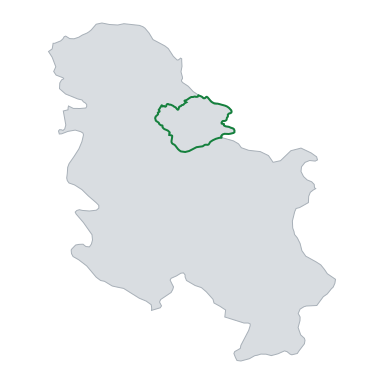 Republic of Serbia, with Južno-Banatski highlighted
{"feature_id": "SRB-1060", "entity_name": "Južno-Banatski", "entity_type": "District", "adm_level": 1, "iso_a3": "SRB", "parent_name": "Republic of Serbia", "parent_adm1": "", "projection": "robinson", "projection_center": [20.779, 44.991], "detail": "fine", "context": "in_parent", "style": "outline", "palette": "green", "viewbox_px": 384, "rotation_deg": 0, "n_neighbors": 0, "source": "natural_earth", "source_scale": "10m", "svg_char_len": 6809}
<svg xmlns="http://www.w3.org/2000/svg" viewBox="0 0 384 384"><path d="M222.2,137.7L233.5,140.9L238.6,143.9L241.3,147.7L248.6,150.3L260.3,151.6L268.5,155.6L273.1,162.3L280.5,160.7L290.9,150.7L301.0,148.1L311.1,152.9L316.6,156.8L317.5,159.9L315.2,161.1L309.6,160.5L305.0,162.4L301.5,166.8L301.0,171.5L303.5,176.5L307.1,179.9L311.7,181.8L314.2,184.4L314.5,187.7L315.7,188.6L313.1,190.1L310.3,192.3L308.7,196.3L308.4,202.6L299.5,207.6L296.1,208.5L294.7,211.7L292.4,221.0L292.7,228.0L294.0,231.6L294.5,234.4L297.4,238.0L300.1,243.5L301.9,250.7L305.8,256.2L315.8,261.7L320.8,264.9L324.5,269.5L327.3,273.7L335.5,279.3L334.9,283.2L333.2,287.1L331.3,288.9L327.3,293.9L323.3,296.7L316.8,305.5L306.5,306.0L304.0,306.7L300.1,309.1L298.2,313.5L300.1,317.0L300.0,320.6L298.1,327.5L300.7,334.9L304.4,338.3L305.0,340.3L304.4,343.8L299.0,350.9L297.3,353.5L291.8,354.8L290.0,354.1L287.1,351.7L284.5,350.9L278.0,353.8L271.3,355.6L266.1,354.2L260.9,354.1L257.4,355.2L254.7,355.7L249.4,358.7L240.9,361.0L237.0,360.5L235.5,357.6L233.9,353.5L234.7,351.6L240.3,348.4L240.9,345.3L248.7,330.4L250.2,325.6L250.2,324.0L248.2,323.0L243.9,323.0L224.8,317.0L225.6,310.0L220.0,306.3L214.0,303.0L213.0,299.3L206.3,291.8L201.4,287.6L195.1,285.5L189.8,282.4L186.5,280.5L185.1,277.0L185.1,274.9L183.5,272.9L180.9,273.2L176.5,275.9L171.1,278.3L170.1,280.1L172.1,284.2L173.5,286.9L172.8,289.4L171.1,292.5L160.7,299.5L159.5,302.0L161.5,305.9L160.2,307.8L151.5,310.4L151.7,308.2L151.2,304.7L146.2,301.1L139.2,298.2L123.6,288.4L117.6,287.2L112.2,286.0L104.5,281.3L100.6,280.5L96.2,277.2L86.7,265.9L78.6,259.7L73.1,256.6L71.5,253.6L71.2,250.5L71.4,249.4L75.7,245.0L78.9,244.4L83.0,244.2L85.8,246.5L89.4,246.9L91.4,244.1L92.5,240.0L92.0,234.7L83.4,222.5L76.1,214.0L75.2,212.1L76.8,210.5L79.4,209.7L82.2,210.4L89.4,211.0L96.4,210.2L98.8,208.1L98.8,205.4L96.3,202.8L88.2,195.8L81.9,189.6L74.5,184.9L69.0,183.0L67.3,180.6L66.7,178.0L67.3,173.3L67.7,167.3L69.1,163.6L74.1,156.4L78.9,148.9L81.9,141.7L83.5,134.9L82.9,133.0L80.5,131.6L75.2,130.1L67.9,131.4L61.7,133.8L59.3,134.0L58.5,131.0L59.5,129.7L61.4,129.8L63.0,130.4L64.7,129.0L65.8,125.0L63.3,111.0L68.0,109.8L68.1,107.8L68.5,106.0L73.3,108.4L80.0,108.5L85.8,108.0L86.7,106.6L86.7,104.6L85.5,103.1L83.4,101.8L81.9,99.9L77.9,99.0L65.6,94.0L59.5,88.7L59.8,83.0L61.6,79.9L63.7,78.8L63.1,77.8L56.1,75.1L53.7,71.5L55.8,66.8L52.2,57.3L48.5,51.5L52.2,48.9L52.8,45.3L53.1,43.3L54.7,43.3L60.7,40.9L62.9,38.9L64.2,36.7L65.7,36.1L69.7,38.6L74.0,38.8L78.8,37.2L82.4,35.0L86.7,33.2L88.7,32.0L91.2,30.0L96.2,24.2L101.9,23.0L109.5,24.5L117.8,25.0L123.9,23.7L139.5,25.4L142.9,26.7L145.0,28.2L149.1,33.1L153.0,39.6L158.5,42.5L165.0,46.0L168.3,48.6L173.3,56.3L177.1,60.0L178.4,59.9L179.7,58.9L180.6,58.1L181.7,58.8L181.7,61.1L182.0,66.3L181.0,71.8L182.4,77.0L182.5,78.6L181.5,80.1L181.6,81.4L183.0,82.8L188.3,86.3L193.2,91.6L198.8,95.3L204.1,97.7L207.4,97.8L212.8,102.1L223.6,105.2L227.0,106.3L229.4,108.1L231.1,110.1L231.2,112.3L229.6,113.4L227.3,116.3L226.3,119.9L224.6,120.8L222.9,120.9L221.6,122.0L221.9,123.5L223.4,125.0L225.6,126.4L229.9,127.7L234.1,129.7L234.1,131.3L233.2,133.0L227.9,133.7L223.8,133.9L222.0,134.7L222.2,137.7Z" fill="#d9dde1" stroke="#a8b0b8" stroke-width="1"/><path d="M198.4,95.3L201.6,96.6L202.3,97.1L202.9,97.7L203.5,98.2L204.3,98.3L205.0,98.1L206.1,97.0L206.8,96.8L207.9,97.6L210.3,100.6L211.4,101.8L213.7,103.2L215.0,103.6L217.9,103.7L225.2,105.7L227.2,106.6L229.0,107.9L230.7,109.7L231.3,110.4L231.6,111.5L231.4,112.5L230.5,113.2L229.6,113.3L228.9,113.6L228.3,114.1L227.8,114.8L227.9,115.5L227.9,116.1L227.9,116.5L227.7,116.9L227.1,117.5L226.9,117.8L226.7,119.0L226.6,119.6L226.4,120.0L225.5,120.7L224.8,120.9L223.0,121.0L222.4,121.3L221.9,122.0L221.5,122.9L221.7,123.6L222.6,123.8L223.8,123.9L224.0,124.3L223.8,124.9L223.9,125.4L225.5,126.3L228.8,126.8L230.6,127.6L233.0,128.4L234.0,129.2L234.5,130.6L234.4,132.3L233.4,133.0L230.6,133.7L228.6,134.0L224.6,133.8L222.8,134.4L221.9,135.1L221.2,136.1L221.0,137.2L222.2,137.7L219.3,137.8L215.9,138.8L212.7,140.3L210.3,141.9L209.7,142.8L209.2,143.7L208.6,144.5L207.7,144.8L206.0,144.7L205.0,144.8L204.4,145.1L202.7,146.3L199.8,146.7L196.5,147.2L189.2,151.0L185.2,152.0L183.0,151.7L180.9,151.4L179.4,150.4L177.9,149.0L175.4,145.7L174.5,144.8L172.6,143.8L171.9,143.0L171.5,142.0L171.5,141.0L172.2,136.8L172.1,135.7L171.2,135.3L169.2,135.0L169.3,133.6L169.6,133.3L169.7,133.1L169.7,132.9L169.7,132.7L169.6,132.3L169.4,132.2L169.1,131.8L168.6,131.3L168.1,130.8L167.7,130.5L167.5,130.4L167.3,130.3L166.7,130.1L166.4,130.0L165.7,129.6L164.8,129.3L164.5,129.2L164.1,128.9L163.5,128.4L163.1,128.0L163.0,127.8L162.6,127.4L162.6,127.2L162.5,126.8L162.6,126.3L162.6,126.1L162.5,125.9L162.4,125.6L162.2,125.5L162.1,125.4L161.4,125.3L161.1,125.3L160.7,125.2L160.4,124.9L159.7,124.4L159.3,124.0L159.2,123.8L159.0,123.6L159.0,123.4L158.9,123.0L158.8,122.9L158.7,122.7L157.9,122.1L157.4,121.8L156.5,121.2L156.3,121.1L156.0,120.8L155.8,120.5L155.7,120.3L155.6,120.0L155.6,119.5L155.5,119.3L155.2,118.6L155.2,118.4L155.2,118.2L155.4,117.7L155.5,117.5L155.5,117.3L155.4,117.2L155.8,116.4L156.4,115.9L156.7,115.5L157.2,115.2L157.3,115.1L158.0,114.3L158.1,114.1L158.1,113.9L158.1,113.7L158.1,113.4L157.9,113.1L157.8,112.9L158.0,112.6L158.3,112.3L158.4,112.2L158.5,112.1L159.0,112.0L159.1,111.9L159.3,111.8L159.5,111.6L159.6,111.3L159.6,111.1L159.2,110.6L158.8,110.1L158.7,109.9L158.8,109.7L159.0,109.5L159.5,108.8L159.7,108.6L159.8,108.3L160.1,107.8L160.3,107.4L161.0,106.6L161.1,106.4L161.3,105.9L161.3,105.7L161.6,105.4L161.8,105.3L162.0,105.4L162.1,105.5L162.3,106.1L162.4,106.3L162.5,106.4L162.8,106.4L163.0,106.4L163.3,106.3L163.6,106.2L163.8,106.0L164.0,106.0L164.3,106.1L164.9,106.6L165.2,106.7L165.4,106.7L165.6,106.6L165.8,106.5L165.9,106.4L166.2,106.1L166.2,105.9L166.4,105.3L166.6,104.7L166.8,104.4L167.1,104.2L167.3,104.1L167.7,104.0L167.9,104.0L168.1,104.1L168.3,104.1L169.2,104.6L169.5,104.6L169.8,104.7L170.6,104.7L170.8,104.8L171.3,104.9L172.2,105.4L172.8,105.7L173.3,105.9L173.7,106.3L173.9,106.5L175.2,107.2L175.3,107.2L175.5,107.3L175.8,107.6L176.2,108.1L176.9,109.0L177.4,109.5L177.5,109.6L177.8,109.7L178.0,109.6L178.3,109.5L178.4,109.4L178.5,109.2L178.7,108.3L178.9,107.8L179.0,107.7L179.0,107.2L179.2,106.9L179.5,106.6L179.8,106.4L180.0,106.4L180.5,106.3L180.8,106.1L181.0,106.0L181.1,105.9L181.3,105.5L181.5,105.3L181.6,105.2L182.2,105.1L183.2,104.8L183.4,104.7L183.7,104.4L183.8,104.3L184.0,104.0L184.2,103.8L185.1,103.0L185.3,102.9L186.4,102.3L185.5,101.7L184.6,101.1L184.5,100.9L184.6,100.7L184.9,100.5L186.1,100.2L186.5,100.0L186.7,99.9L187.4,99.5L188.1,99.0L189.1,98.3L190.5,97.4L190.9,97.2L191.3,97.1L191.5,97.0L191.8,97.0L192.8,97.0L193.1,97.0L193.3,96.9L194.1,96.7L194.4,96.6L194.9,96.6L195.2,96.6L195.5,96.7L196.0,96.9L197.7,96.7L197.8,96.5L198.1,96.0L198.3,95.4L198.4,95.3Z" fill="none" stroke="#15803d" stroke-width="2"/></svg>